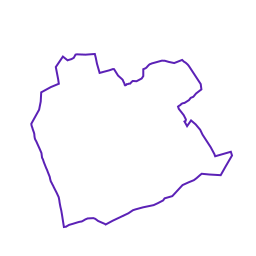 the district of Gwiwa, Jigawa, Nigeria, rotated 164°
{"feature_id": "59680162B64636531363939", "entity_name": "Gwiwa", "entity_type": "district", "adm_level": 2, "iso_a3": "NGA", "parent_name": "Nigeria", "parent_adm1": "Jigawa", "projection": "equal_earth", "projection_center": [8.29, 12.74], "detail": "fine", "context": "isolated", "style": "outline", "palette": "violet", "viewbox_px": 256, "rotation_deg": 164, "n_neighbors": 0, "source": "geoboundaries", "source_scale": "gbopen_adm2", "svg_char_len": 2215}
<svg xmlns="http://www.w3.org/2000/svg" viewBox="0 0 256 256"><g transform="rotate(164 128 128)"><path d="M112.2,50.3L104.2,50.3L91.3,58.1L84.5,59.1L79.0,59.7L75.9,60.9L72.1,62.7L71.2,63.1L69.8,63.7L62.7,60.9L51.9,57.1L44.9,64.0L35.6,72.9L35.7,76.8L52.0,76.8L52.1,77.6L52.1,78.8L53.8,86.7L58.2,101.1L59.1,106.4L62.0,112.9L65.3,117.9L70.7,113.5L71.2,115.7L71.9,118.7L70.6,119.0L70.0,120.3L70.9,125.0L73.9,132.4L74.0,134.8L72.7,135.3L71.4,135.6L69.9,136.5L69.1,136.6L68.3,136.7L66.8,136.5L61.7,138.0L59.4,139.7L56.6,140.0L53.1,142.4L46.8,144.9L46.0,150.2L52.3,170.5L53.1,172.5L54.6,174.9L56.0,176.4L57.2,178.5L65.7,177.7L70.6,180.3L74.1,182.5L76.9,183.4L87.3,183.5L88.8,183.3L89.5,183.3L90.5,182.9L92.2,181.9L93.4,181.1L94.6,180.6L97.1,180.3L99.0,173.7L101.2,171.8L106.9,170.6L110.5,171.9L111.4,171.5L112.5,170.9L113.6,170.1L114.2,170.2L115.1,170.4L115.9,170.2L117.1,170.5L117.9,169.9L119.0,169.8L119.3,170.4L119.2,171.9L119.5,173.3L119.7,174.6L119.8,175.7L120.5,177.0L123.1,181.1L125.2,188.4L126.2,188.8L130.2,188.6L140.1,188.8L140.1,198.4L139.6,204.7L139.5,208.3L148.6,210.2L154.4,212.1L156.8,212.9L158.2,213.0L160.8,210.4L163.4,209.8L166.6,209.8L167.4,209.7L170.9,214.6L180.6,206.5L181.7,194.1L182.3,189.6L190.9,188.6L201.6,186.2L204.6,177.5L208.4,170.1L219.8,158.7L220.0,157.3L220.0,156.0L220.0,155.6L219.9,154.8L219.9,153.4L219.9,152.5L219.8,152.1L219.8,151.5L219.8,151.1L219.7,150.1L219.7,148.6L219.8,147.7L220.2,145.8L220.4,144.0L220.4,143.1L220.1,141.3L219.9,140.8L219.4,137.2L218.7,132.5L218.1,127.8L218.8,123.2L218.4,121.1L218.4,120.2L218.3,118.1L217.7,112.0L217.4,110.2L217.2,107.6L216.8,103.7L216.7,102.4L216.8,101.5L216.9,100.2L216.9,97.8L216.5,96.3L216.4,95.4L215.9,93.2L215.7,92.0L215.7,91.7L215.6,91.1L215.5,90.9L215.3,89.7L214.5,85.7L213.8,81.3L213.7,80.7L213.8,79.3L213.9,78.2L214.0,77.1L214.2,75.9L214.4,74.1L214.7,70.9L214.9,66.9L215.4,62.5L216.9,50.5L214.6,50.2L214.1,50.4L211.4,51.1L207.3,51.1L202.7,51.2L201.0,51.2L199.7,51.1L198.3,50.9L196.4,51.3L194.2,51.9L192.3,52.1L191.8,52.2L186.1,50.9L184.5,49.7L182.4,46.9L176.6,42.1L176.1,41.4L168.2,43.1L151.2,45.9L145.9,47.6L143.4,47.7L135.5,47.6L124.6,46.8L120.1,47.5L114.2,48.7L112.2,50.3Z" fill="none" stroke="#5b21b6" stroke-width="2"/></g></svg>